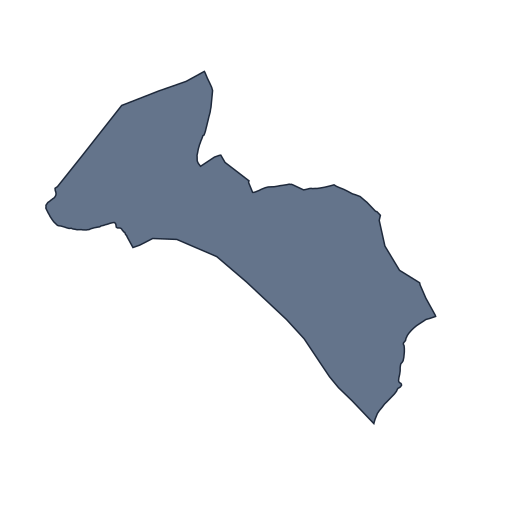 outline of Cap Estate/Lower Saline Point, Saint Lucia, rotated 224°
{"feature_id": "8701671B68101868582268", "entity_name": "Cap Estate/Lower Saline Point", "entity_type": "district", "adm_level": 2, "iso_a3": "LCA", "parent_name": "Saint Lucia", "parent_adm1": "", "projection": "mercator", "projection_center": [-60.942, 14.106], "detail": "fine", "context": "isolated", "style": "filled", "palette": "slate", "viewbox_px": 512, "rotation_deg": 224, "n_neighbors": 0, "source": "geoboundaries", "source_scale": "gbopen_adm2", "svg_char_len": 3630}
<svg xmlns="http://www.w3.org/2000/svg" viewBox="0 0 512 512"><g transform="rotate(224 256 256)"><path d="M119.7,350.4L142.8,345.4L170.2,352.7L192.1,367.2L194.8,371.7L199.9,371.9L201.0,371.2L213.9,371.7L214.4,371.6L222.4,371.1L227.1,369.1L229.8,367.7L232.3,367.0L235.5,366.1L238.9,365.0L240.7,364.3L243.3,363.2L246.5,362.0L249.3,361.4L251.2,358.2L254.3,353.3L257.2,349.3L259.0,347.0L260.5,345.6L262.1,343.8L263.3,343.0L264.4,341.7L265.4,340.0L266.5,338.3L267.7,336.6L279.2,332.7L280.6,332.0L281.1,331.2L282.0,330.8L283.5,328.5L284.6,327.1L286.1,325.1L287.5,323.4L289.0,321.2L291.0,318.5L293.7,315.7L295.2,314.1L296.8,311.5L298.5,307.7L299.3,305.3L300.0,303.8L300.9,301.7L301.8,300.2L302.6,299.4L311.9,303.5L312.9,304.2L313.2,305.2L343.3,301.8L351.4,304.1L352.3,302.9L353.3,300.9L354.1,299.3L354.6,298.3L358.2,282.0L359.5,282.2L360.0,282.3L361.7,282.5L363.8,283.3L364.6,283.8L365.8,285.0L367.1,286.3L368.4,287.5L369.6,289.5L370.6,291.0L371.7,292.7L372.6,294.3L373.2,295.5L373.9,296.7L374.7,298.7L375.6,300.5L376.1,301.9L376.6,303.1L377.5,305.1L377.8,305.6L377.4,306.9L378.4,309.2L379.2,310.8L380.8,313.5L382.1,315.8L383.3,317.8L384.5,319.9L386.7,323.6L387.9,325.8L389.1,327.9L390.5,329.8L391.7,331.7L402.1,344.8L405.0,346.5L409.6,348.3L414.5,350.1L420.3,352.6L421.4,352.9L427.6,333.0L440.6,307.2L457.2,271.0L450.7,207.1L447.0,168.0L447.6,165.1L445.6,163.4L445.1,163.3L444.4,162.9L443.9,162.5L443.4,162.2L442.7,161.4L442.2,160.6L441.9,159.7L441.7,158.7L441.6,157.9L441.7,157.0L442.0,155.8L442.1,154.5L442.4,153.3L442.4,152.4L442.6,151.3L442.9,150.0L442.8,149.2L442.6,148.2L442.4,146.8L442.1,146.3L441.5,145.8L441.0,145.3L440.5,144.5L439.0,143.9L437.0,143.2L435.4,142.6L433.5,142.1L431.6,141.4L429.0,140.8L426.9,140.4L425.2,140.1L423.2,140.1L421.6,140.1L420.2,140.1L419.1,140.6L417.9,141.5L417.1,142.1L415.2,143.1L413.5,144.0L411.9,144.7L409.7,145.9L409.2,146.4L408.1,147.7L407.0,148.0L405.7,148.8L404.8,149.5L403.1,150.5L400.6,153.0L400.2,153.5L399.1,154.2L398.5,154.7L397.2,155.9L396.2,156.8L395.6,157.7L394.7,158.7L394.2,159.5L394.0,160.3L393.6,161.1L393.2,161.8L392.7,162.6L392.2,163.6L391.5,164.6L390.6,165.8L390.4,166.3L389.8,166.9L389.5,167.4L388.8,168.2L388.5,169.0L388.5,169.6L388.2,170.2L387.8,170.9L387.2,171.6L386.9,172.3L386.4,173.1L386.1,173.9L385.3,175.0L384.8,176.0L384.4,176.6L384.0,177.6L383.4,178.6L382.4,180.2L382.1,180.6L381.7,181.1L381.4,181.5L380.9,181.8L380.5,181.8L380.0,181.7L379.2,181.6L378.7,181.3L378.0,180.8L377.1,180.1L376.6,179.7L376.0,179.8L375.4,179.9L374.8,180.2L374.1,181.0L373.6,181.4L372.6,182.0L372.1,182.0L371.7,182.1L371.0,182.0L370.4,181.8L369.9,181.7L368.9,181.7L368.4,181.5L367.8,181.5L367.4,181.6L366.9,181.8L366.0,181.5L365.5,181.2L364.8,180.9L364.4,180.8L363.3,180.9L362.8,180.6L362.1,180.3L361.2,180.0L351.3,176.9L350.4,176.6L347.2,183.0L342.5,196.8L324.5,212.9L283.8,228.3L244.6,230.7L189.8,231.5L163.9,229.9L134.1,223.4L119.2,220.2L105.1,218.6L86.3,218.6L54.8,217.3L55.5,218.5L57.0,221.4L57.8,223.4L59.3,227.1L59.9,230.6L60.2,234.9L60.7,238.8L60.6,242.5L60.6,247.5L60.6,253.0L61.0,256.3L61.8,258.5L61.9,259.7L61.5,260.6L61.2,262.1L61.5,264.1L62.4,264.8L63.4,265.0L64.7,264.6L66.0,264.8L66.8,265.3L68.6,267.6L70.4,270.6L72.5,273.5L74.8,275.9L76.2,277.8L77.0,279.2L77.0,280.9L77.4,282.8L79.2,285.7L82.6,290.0L84.9,292.4L87.1,294.3L88.5,294.8L89.2,295.4L89.6,296.2L89.6,297.9L89.8,299.2L90.9,300.9L92.0,304.2L92.4,306.7L92.6,310.3L92.5,313.7L92.1,317.5L91.5,320.2L90.8,323.2L90.2,325.8L89.7,328.3L88.5,330.4L88.2,330.8L87.9,331.3L84.8,337.3L85.9,337.9L86.5,338.1L95.9,341.0L104.7,343.7L110.4,346.1L117.9,349.2L119.7,350.4Z" fill="#64748b" stroke="#1e293b" stroke-width="1.5"/></g></svg>